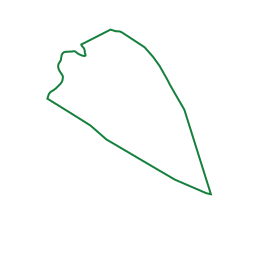 SVG path tracing the border of Mangochi, rotated 153°
{"feature_id": "MWI-1910", "entity_name": "Mangochi", "entity_type": "District", "adm_level": 1, "iso_a3": "MWI", "parent_name": "Malawi", "parent_adm1": "", "projection": "equal_earth", "projection_center": [35.307, -14.139], "detail": "fine", "context": "isolated", "style": "outline", "palette": "green", "viewbox_px": 256, "rotation_deg": 153, "n_neighbors": 0, "source": "natural_earth", "source_scale": "10m", "svg_char_len": 961}
<svg xmlns="http://www.w3.org/2000/svg" viewBox="0 0 256 256"><g transform="rotate(153 128 128)"><path d="M84.2,31.4L87.7,34.2L99.5,48.4L109.6,60.6L119.7,76.3L132.1,95.7L142.6,112.2L152.5,127.7L160.3,147.2L170.2,163.8L182.3,183.8L186.5,190.7L183.2,194.1L180.7,195.3L177.2,195.5L174.4,196.0L168.7,197.8L166.2,199.0L164.6,200.4L162.9,202.9L162.6,203.7L162.5,204.7L163.1,209.9L163.0,212.1L162.5,214.2L161.2,216.2L160.1,217.1L158.9,217.7L157.1,218.9L154.1,223.0L152.4,224.2L150.6,224.6L149.0,224.2L143.0,221.5L141.8,221.2L140.9,220.7L140.2,220.0L139.0,217.3L137.8,215.5L135.8,213.2L135.1,212.6L134.5,212.2L134.0,211.9L133.2,211.8L132.8,212.1L132.6,212.7L132.4,214.3L132.2,215.0L131.6,216.2L131.2,217.6L131.1,218.5L131.2,219.3L131.3,220.1L131.8,222.1L131.9,222.4L131.7,223.6L100.0,223.6L98.9,223.6L95.0,219.8L91.5,217.8L90.0,215.9L76.6,192.5L73.4,180.1L71.7,169.2L71.0,153.5L71.0,147.0L69.5,118.6L84.2,31.4Z" fill="none" stroke="#15803d" stroke-width="2"/></g></svg>